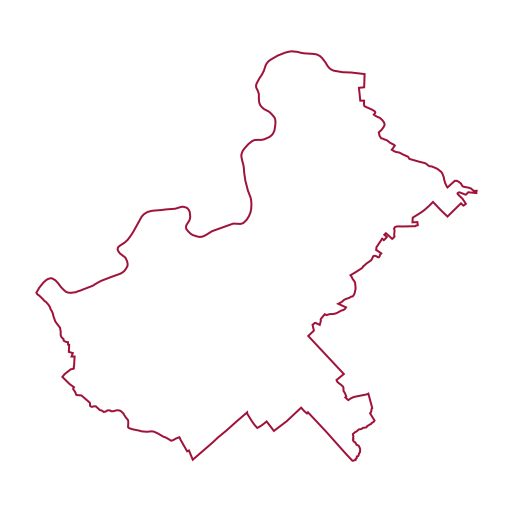 outline of Go Dau, Tây Ninh, Vietnam, rotated 92°
{"feature_id": "81297802B39580963826669", "entity_name": "Go Dau", "entity_type": "district", "adm_level": 2, "iso_a3": "VNM", "parent_name": "Vietnam", "parent_adm1": "Tây Ninh", "projection": "orthographic", "projection_center": [106.266, 11.16], "detail": "fine", "context": "isolated", "style": "outline", "palette": "rose", "viewbox_px": 512, "rotation_deg": 92, "n_neighbors": 0, "source": "geoboundaries", "source_scale": "gbopen_adm2", "svg_char_len": 6077}
<svg xmlns="http://www.w3.org/2000/svg" viewBox="0 0 512 512"><g transform="rotate(92 256 256)"><path d="M289.8,453.1L287.2,455.8L285.5,459.0L285.4,460.0L285.6,461.2L286.3,463.2L287.5,465.0L290.3,467.8L295.4,471.6L300.4,474.2L302.0,473.1L303.1,471.3L306.5,467.5L308.3,465.9L309.1,464.4L312.1,461.6L314.6,460.0L316.5,459.4L318.3,458.1L320.1,457.2L323.4,456.3L328.6,454.2L334.6,449.3L338.8,448.5L341.6,448.5L342.6,448.2L344.1,447.4L345.7,445.5L347.2,445.3L348.0,444.1L348.5,442.7L348.7,440.9L351.2,440.7L351.3,439.6L358.4,439.7L359.4,435.7L362.9,436.8L362.8,433.8L372.8,434.0L373.2,434.3L374.6,434.1L375.0,434.3L375.7,437.2L380.8,443.2L383.6,445.3L390.5,437.8L393.5,433.3L394.7,434.1L395.5,434.0L397.9,432.2L399.0,431.6L400.8,431.0L401.2,430.2L401.5,425.5L408.3,417.1L408.9,416.8L411.4,416.6L411.9,416.2L412.5,414.9L411.9,412.7L411.8,410.9L415.4,406.7L415.9,404.6L417.2,402.7L416.7,400.8L415.7,399.5L415.4,398.2L415.5,396.3L416.2,395.2L416.2,394.3L416.2,393.6L415.1,390.0L415.0,389.1L415.2,386.8L415.7,385.7L418.0,383.0L419.1,382.4L421.7,380.6L424.6,378.1L427.1,377.8L431.3,377.9L431.7,377.8L432.3,377.0L432.8,375.8L433.5,373.2L434.7,366.1L435.2,364.4L435.5,358.8L434.9,354.8L435.0,352.2L436.7,348.0L439.8,342.3L440.6,339.7L443.6,334.2L442.8,332.2L441.1,329.4L439.8,326.2L442.1,325.1L453.6,318.0L452.7,316.2L461.8,312.1L443.4,292.3L438.8,287.8L431.3,279.3L421.8,269.4L412.6,259.4L414.0,259.2L421.3,254.3L425.2,251.3L427.8,248.7L426.6,246.7L424.7,243.9L421.0,239.6L430.2,232.0L420.0,219.5L406.0,205.6L409.4,202.3L411.6,199.5L410.4,198.6L429.7,179.2L449.5,160.3L457.3,152.5L456.6,149.9L456.3,149.3L455.4,149.4L454.5,148.3L453.2,148.3L452.8,148.2L452.5,147.0L452.2,146.8L450.9,146.3L449.8,146.2L448.4,145.2L445.5,145.2L444.2,145.6L442.3,146.6L441.6,147.6L441.2,148.9L439.8,149.6L438.5,150.8L438.1,151.7L436.8,152.6L436.3,152.7L435.4,152.2L434.4,152.7L432.8,152.3L431.3,153.0L430.5,152.9L428.7,150.9L427.7,149.3L425.7,147.1L425.3,144.8L423.9,142.8L423.9,142.0L423.4,139.8L422.9,139.3L421.9,138.8L421.3,137.5L420.6,136.7L420.0,135.4L418.8,134.4L417.6,132.6L416.3,131.8L409.2,136.5L407.7,135.5L404.7,135.1L404.0,134.5L389.6,138.9L390.4,140.3L393.0,151.4L393.8,154.1L395.3,156.7L396.8,158.8L394.2,161.8L393.3,160.9L390.2,162.2L387.8,163.8L384.2,164.1L383.5,164.5L381.8,166.4L380.0,169.1L378.7,170.5L377.1,171.2L370.9,164.1L334.1,201.0L328.6,195.6L327.5,195.8L322.8,197.1L320.8,194.8L320.8,194.2L322.6,189.9L319.0,189.0L318.4,189.0L317.5,189.2L316.5,188.9L311.8,185.3L312.6,183.6L311.5,180.2L311.3,177.0L310.7,174.5L310.1,173.1L307.6,168.9L307.0,167.0L306.4,166.0L305.6,165.1L304.2,164.2L300.9,172.1L298.9,168.7L296.8,166.5L295.7,164.5L294.7,161.6L293.3,159.4L293.1,158.2L292.7,157.7L290.8,156.5L289.5,156.1L285.1,155.3L280.0,155.9L278.2,156.5L275.7,158.5L273.2,159.9L271.9,160.9L268.6,155.7L264.5,149.8L263.7,149.0L262.6,148.6L261.8,147.5L259.7,145.4L256.6,141.2L255.4,140.2L252.3,138.9L251.8,138.3L251.7,136.9L251.9,136.0L253.1,133.9L252.9,133.1L252.6,132.9L252.1,132.5L250.6,132.2L249.0,130.9L245.7,136.2L244.9,135.9L243.6,136.0L243.0,135.9L234.3,130.5L235.7,128.8L232.9,126.1L232.4,125.9L230.3,128.5L228.7,127.0L230.7,124.4L234.1,120.6L234.1,120.3L231.9,118.3L231.4,118.5L229.1,118.6L225.5,118.4L223.9,119.0L222.1,118.0L221.5,115.9L221.4,113.9L221.4,111.1L220.7,98.2L220.5,97.6L220.1,97.3L219.6,95.4L216.5,95.9L216.9,100.8L212.2,100.7L206.7,92.5L204.1,89.2L199.6,84.5L195.8,81.0L204.1,72.5L209.9,66.0L196.2,53.0L198.3,50.7L198.4,50.3L196.5,48.1L191.5,51.7L187.3,56.4L186.7,56.8L186.1,56.6L185.6,56.0L185.3,55.1L185.4,54.4L187.4,48.7L187.2,48.2L184.9,46.1L185.4,38.0L183.1,37.8L183.4,40.6L181.0,43.6L180.4,45.4L179.5,51.1L179.2,51.7L178.6,52.4L176.4,53.7L174.6,56.3L173.9,57.8L173.9,59.9L180.8,67.0L179.8,67.8L176.5,69.5L172.8,70.7L170.7,71.1L166.8,72.8L165.4,73.9L162.4,78.1L160.4,83.3L160.2,85.9L159.7,86.8L157.9,89.1L157.3,90.4L156.0,96.5L153.7,105.8L153.3,106.4L151.7,107.3L151.4,107.7L149.4,112.7L147.6,116.4L147.2,119.5L146.5,121.5L145.1,124.0L140.8,121.1L139.9,122.3L138.2,125.9L135.8,129.2L135.2,131.2L134.2,133.7L134.0,135.0L131.6,136.7L128.2,137.6L125.8,135.1L122.7,133.0L121.0,132.2L119.8,132.1L118.1,132.7L115.7,134.6L113.8,136.8L113.1,138.3L112.9,139.1L111.7,141.6L110.6,143.2L108.9,141.9L108.2,141.8L107.6,142.1L107.0,142.7L105.5,145.6L102.9,152.0L102.1,153.1L100.4,153.4L97.0,153.4L97.1,157.2L84.3,159.0L83.6,153.8L70.4,153.8L69.3,167.2L69.3,175.9L68.0,185.1L66.7,187.9L65.6,189.3L63.6,191.1L60.3,193.2L55.7,197.0L54.0,199.0L52.9,201.2L52.4,202.6L52.0,206.0L51.8,214.3L51.5,217.3L50.5,222.1L50.2,227.5L50.6,229.9L51.7,233.8L55.0,241.4L59.3,248.2L61.0,250.4L63.3,252.1L65.4,253.1L70.6,254.6L74.3,256.3L78.8,259.1L84.3,261.7L86.6,261.9L88.0,261.5L91.0,259.9L94.0,258.8L99.3,258.6L102.7,258.1L105.3,256.9L107.3,255.1L108.9,253.1L111.2,248.2L113.3,245.7L116.7,242.5L118.5,241.7L121.1,241.2L124.4,241.3L129.7,241.9L132.5,243.0L134.0,243.9L135.1,245.0L136.6,246.7L139.1,251.9L139.7,254.3L140.0,260.3L140.3,261.7L141.1,263.6L144.3,267.4L148.4,270.9L151.7,273.1L154.6,274.0L156.3,274.2L158.5,273.8L161.3,273.1L164.3,272.1L167.9,271.3L173.2,270.7L181.0,269.3L190.8,266.4L198.2,263.3L201.1,262.7L204.2,262.4L208.6,262.4L212.4,263.0L216.1,264.3L219.7,266.3L221.9,268.2L223.6,270.0L224.5,272.6L224.4,279.7L224.9,281.1L232.7,300.7L236.4,306.2L237.8,308.6L238.6,310.6L238.9,312.8L238.7,314.8L237.3,319.9L236.1,322.0L233.9,324.5L231.4,326.6L230.2,326.9L229.1,327.0L227.6,326.6L226.1,325.8L223.4,324.1L221.1,323.3L218.9,323.1L214.2,323.8L212.2,324.9L210.8,326.1L210.1,327.2L209.5,329.6L209.3,331.2L209.7,333.0L211.6,338.4L212.6,347.7L213.4,352.5L214.2,359.6L214.6,362.1L215.6,365.4L216.6,367.3L218.3,369.6L220.6,371.6L236.5,379.7L239.8,381.7L244.3,384.8L247.1,387.6L250.3,392.2L251.7,393.8L252.3,394.2L253.1,394.4L254.5,394.5L256.0,393.8L258.2,392.1L261.5,387.4L262.6,386.2L265.9,384.6L268.5,384.0L270.5,384.1L272.5,385.1L275.1,386.7L277.0,388.7L278.4,390.9L281.9,399.7L286.2,409.8L288.5,413.8L291.6,418.5L295.6,428.0L296.6,430.1L297.4,432.6L298.5,434.9L299.3,440.0L299.1,442.4L298.6,444.4L296.3,447.3L294.0,449.7L289.8,453.1Z" fill="none" stroke="#9f1239" stroke-width="2"/></g></svg>